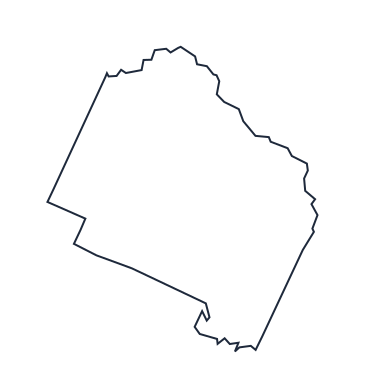 the district of Alachua, Florida, United States of America, rotated 25°
{"feature_id": "52423323B74647916820461", "entity_name": "Alachua", "entity_type": "district", "adm_level": 2, "iso_a3": "USA", "parent_name": "United States of America", "parent_adm1": "Florida", "projection": "orthographic", "projection_center": [-82.336, 29.682], "detail": "fine", "context": "isolated", "style": "outline", "palette": "slate", "viewbox_px": 384, "rotation_deg": 25, "n_neighbors": 0, "source": "geoboundaries", "source_scale": "gbopen_adm2", "svg_char_len": 892}
<svg xmlns="http://www.w3.org/2000/svg" viewBox="0 0 384 384"><g transform="rotate(25 192 192)"><path d="M64.7,120.3L64.9,124.4L65.3,248.0L65.2,262.1L106.6,261.2L107.0,273.6L106.9,288.9L132.2,289.8L169.8,286.6L251.6,287.1L260.8,298.2L259.7,302.3L251.5,295.7L251.4,313.1L259.0,317.4L276.8,314.6L279.4,318.8L283.4,310.8L290.5,313.8L297.8,309.0L298.3,318.4L300.6,312.8L310.3,306.6L316.4,308.2L316.7,293.1L316.9,197.7L319.3,176.6L316.6,174.3L315.5,159.9L305.4,152.5L306.6,146.5L294.1,143.1L287.9,132.4L287.9,123.6L284.1,117.7L267.3,117.2L260.2,111.9L242.1,113.2L238.4,109.8L225.8,114.3L208.6,106.2L199.4,97.1L183.1,96.8L173.2,93.0L169.9,80.1L164.9,75.8L161.7,76.4L152.3,71.7L142.6,74.1L137.5,67.8L120.4,65.2L118.6,67.2L113.6,74.6L108.1,73.1L98.3,79.2L99.3,89.3L92.3,92.8L94.8,102.8L81.8,112.1L76.1,111.2L74.6,118.7L67.6,122.5L64.7,120.3Z" fill="none" stroke="#1e293b" stroke-width="2"/></g></svg>